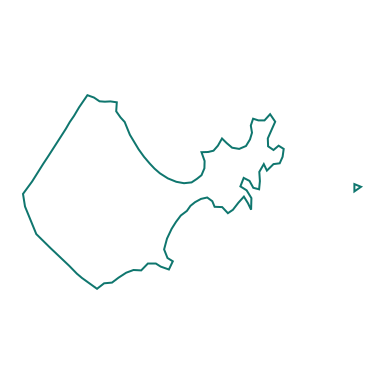 Armação dos Búzios, Rio de Janeiro, Brazil (Robinson projection)
{"feature_id": "56859067B15483842761864", "entity_name": "Armação dos Búzios", "entity_type": "district", "adm_level": 2, "iso_a3": "BRA", "parent_name": "Brazil", "parent_adm1": "Rio de Janeiro", "projection": "robinson", "projection_center": [-41.919, -22.776], "detail": "fine", "context": "isolated", "style": "outline", "palette": "teal", "viewbox_px": 384, "rotation_deg": 0, "n_neighbors": 0, "source": "geoboundaries", "source_scale": "gbopen_adm2", "svg_char_len": 1474}
<svg xmlns="http://www.w3.org/2000/svg" viewBox="0 0 384 384"><path d="M97.0,288.8L104.1,283.3L112.0,282.6L118.5,277.7L126.2,272.7L133.5,270.0L141.2,270.4L147.9,263.5L155.8,263.5L160.7,266.6L168.9,269.5L172.8,261.3L167.5,258.0L164.1,249.4L167.0,238.6L171.7,228.7L176.0,221.9L180.8,215.5L186.9,210.9L190.5,205.8L195.0,202.2L201.0,198.9L207.2,197.5L212.3,201.2L214.6,206.8L222.2,207.1L227.9,213.2L232.9,209.8L238.4,202.7L243.9,196.6L247.9,203.1L251.1,209.7L251.4,198.1L246.6,190.3L240.4,186.4L243.7,177.9L249.5,180.9L253.3,187.8L259.1,189.3L259.9,181.1L259.3,171.9L263.8,164.1L266.9,170.6L273.5,164.1L279.7,163.3L282.6,156.8L283.7,148.9L278.6,145.7L273.5,150.0L268.1,146.3L267.8,138.4L271.5,130.0L275.2,121.7L270.1,114.2L264.5,120.4L258.4,120.4L253.1,118.7L250.8,125.6L252.0,132.7L250.0,139.4L246.0,146.0L239.2,148.9L232.1,147.7L226.7,143.1L222.0,138.5L217.9,145.7L213.5,150.7L208.1,152.0L201.5,152.2L204.6,161.0L204.4,168.3L201.5,175.2L197.0,178.8L191.6,182.4L184.0,183.2L176.3,181.8L167.9,178.4L159.9,173.3L154.5,168.6L149.7,163.5L144.0,156.8L138.6,149.3L133.5,140.8L129.9,134.8L127.4,128.7L124.7,122.0L120.5,117.4L116.2,111.3L116.8,102.3L110.4,101.4L104.8,101.7L99.5,101.3L93.9,97.5L87.4,95.2L79.1,107.3L74.0,115.9L69.8,122.0L65.8,128.9L59.2,139.2L48.0,156.6L43.3,163.7L32.1,181.5L23.0,193.9L25.0,206.5L36.3,234.1L50.2,247.8L69.2,265.8L76.9,273.7L82.0,278.0L97.0,288.8ZM361.0,186.8L354.4,184.1L354.4,191.4L361.0,186.8Z" fill="none" stroke="#0f766e" stroke-width="2"/></svg>